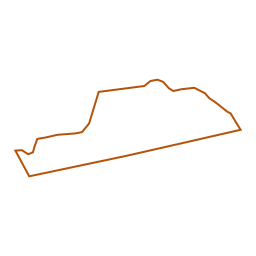 La Gwen Ba, Praslin, Saint Lucia
{"feature_id": "8701671B8208248485546", "entity_name": "La Gwen Ba", "entity_type": "district", "adm_level": 2, "iso_a3": "LCA", "parent_name": "Saint Lucia", "parent_adm1": "Praslin", "projection": "orthographic", "projection_center": [-60.912, 13.877], "detail": "fine", "context": "isolated", "style": "outline", "palette": "amber", "viewbox_px": 256, "rotation_deg": 0, "n_neighbors": 0, "source": "geoboundaries", "source_scale": "gbopen_adm2", "svg_char_len": 451}
<svg xmlns="http://www.w3.org/2000/svg" viewBox="0 0 256 256"><path d="M240.6,129.8L230.5,113.3L227.3,111.7L215.4,102.3L209.3,98.2L204.9,93.2L194.3,87.8L181.6,89.2L173.3,91.0L168.9,88.3L163.2,81.9L157.5,79.7L150.5,81.0L144.3,86.0L98.7,91.9L89.1,123.5L82.0,132.1L75.5,133.4L57.5,134.8L45.6,137.5L37.3,138.9L34.7,146.1L32.9,152.4L28.1,154.2L21.9,150.2L15.4,150.6L29.2,176.3L128.3,155.4L240.6,129.8Z" fill="none" stroke="#b45309" stroke-width="2"/></svg>